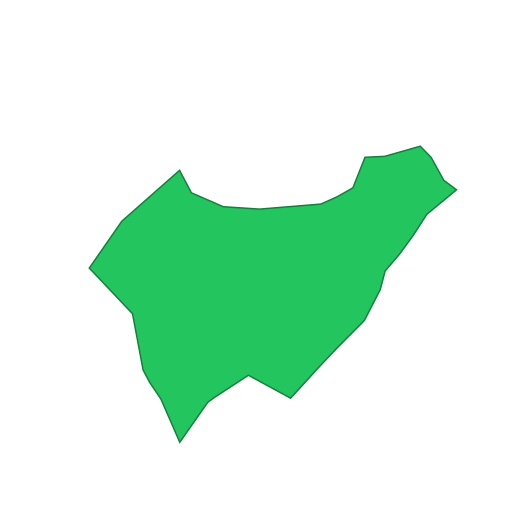 outline of Sant, Övörhangay, Mongolia, rotated 131°
{"feature_id": "93677404B89182419744120", "entity_name": "Sant", "entity_type": "district", "adm_level": 2, "iso_a3": "MNG", "parent_name": "Mongolia", "parent_adm1": "Övörhangay", "projection": "robinson", "projection_center": [103.758, 45.985], "detail": "fine", "context": "isolated", "style": "filled", "palette": "green", "viewbox_px": 512, "rotation_deg": 131, "n_neighbors": 0, "source": "geoboundaries", "source_scale": "gbopen_adm2", "svg_char_len": 574}
<svg xmlns="http://www.w3.org/2000/svg" viewBox="0 0 512 512"><g transform="rotate(131 256 256)"><path d="M340.6,136.6L296.1,135.5L271.4,134.4L233.5,131.9L200.0,140.1L182.6,148.7L160.0,148.9L136.9,150.9L112.4,154.4L74.5,148.1L75.7,163.9L66.7,188.4L65.4,204.1L96.4,224.3L110.0,238.5L141.0,227.6L158.0,233.6L174.2,241.1L180.6,247.3L218.3,284.1L240.3,313.1L250.7,346.2L241.5,369.9L317.7,380.1L374.5,373.9L380.6,311.3L416.1,266.4L421.2,253.2L426.4,233.8L446.6,191.3L398.0,196.4L390.1,194.6L351.0,183.5L340.6,136.6Z" fill="#22c55e" stroke="#15803d" stroke-width="1.5"/></g></svg>